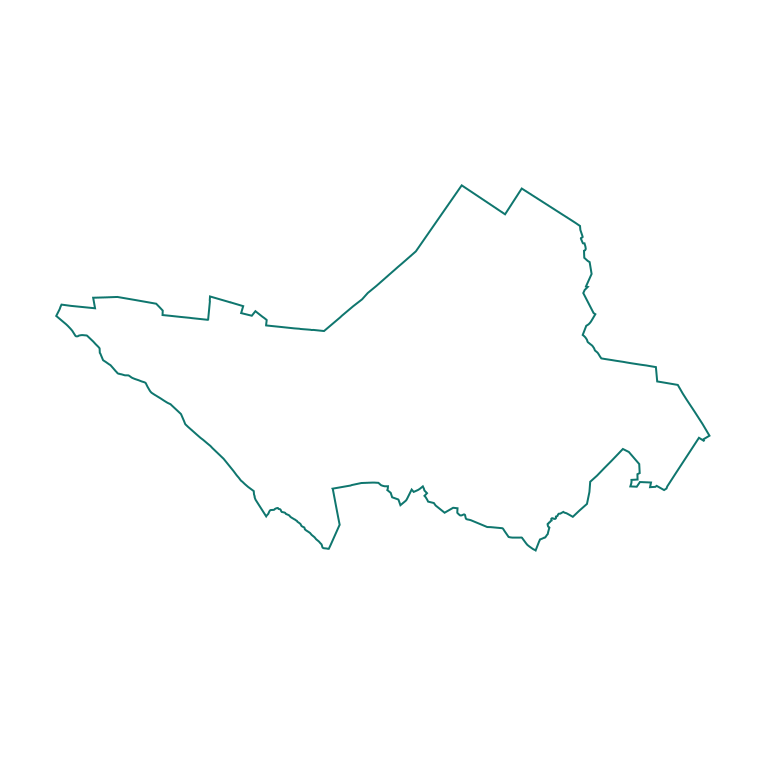 the district of Bērzkalnes pag., Balvu, Latvia, rotated 262°
{"feature_id": "27541924B58217597236828", "entity_name": "Bērzkalnes pag.", "entity_type": "district", "adm_level": 2, "iso_a3": "LVA", "parent_name": "Latvia", "parent_adm1": "Balvu", "projection": "mercator", "projection_center": [27.376, 57.121], "detail": "fine", "context": "isolated", "style": "outline", "palette": "teal", "viewbox_px": 768, "rotation_deg": 262, "n_neighbors": 0, "source": "geoboundaries", "source_scale": "gbopen_adm2", "svg_char_len": 6093}
<svg xmlns="http://www.w3.org/2000/svg" viewBox="0 0 768 768"><g transform="rotate(262 384 384)"><path d="M500.7,418.4L498.1,414.3L482.0,389.8L476.4,380.6L470.9,374.1L465.3,364.3L457.4,351.7L456.1,349.9L444.8,332.0L447.4,321.5L447.5,320.0L448.0,318.5L450.1,309.0L450.5,307.9L450.9,306.0L451.1,305.1L451.5,303.2L454.7,290.4L458.4,275.4L458.6,275.4L463.5,276.7L463.8,276.7L466.2,274.4L467.5,273.0L474.0,266.8L470.0,262.6L474.1,252.4L480.7,255.4L486.0,243.8L486.2,243.6L486.1,243.4L487.4,240.6L494.9,223.9L491.2,223.1L490.1,223.1L472.2,218.8L472.1,218.4L475.9,203.2L476.0,202.8L476.5,201.1L478.8,191.6L481.5,180.9L483.1,174.3L487.5,175.1L491.2,172.5L495.2,169.6L499.2,157.3L501.8,149.3L504.1,142.1L507.3,132.1L508.5,120.5L509.9,108.0L499.2,108.4L504.9,85.0L507.5,75.7L505.5,74.4L503.2,73.2L497.0,68.9L492.2,73.2L487.3,77.6L485.4,79.1L482.3,81.3L480.1,82.7L474.7,85.1L474.5,85.3L474.2,85.6L474.0,86.0L473.9,86.8L473.9,87.4L474.0,87.8L474.3,88.3L474.4,88.8L474.5,90.3L474.5,91.1L474.4,92.2L473.5,96.0L473.4,96.4L472.8,97.0L466.5,102.0L463.7,103.9L460.4,106.4L458.9,107.3L458.6,107.3L454.4,106.9L454.2,107.0L453.4,107.4L452.9,107.5L446.8,109.1L446.6,109.2L444.5,111.6L441.6,114.7L441.3,115.1L440.7,115.8L437.8,117.7L433.9,120.2L433.3,120.7L432.0,121.5L431.4,122.1L431.2,122.4L431.1,122.6L430.9,123.5L430.5,124.1L430.3,124.9L429.9,125.9L428.7,128.5L428.6,129.1L428.1,132.1L427.6,132.8L425.6,134.9L425.0,135.7L423.6,138.1L421.8,141.7L420.3,144.3L419.1,146.9L418.7,147.5L418.3,148.0L417.7,148.3L414.3,149.4L410.1,151.1L409.3,151.5L407.9,152.4L407.5,152.8L405.3,155.3L400.8,160.8L397.9,164.1L395.5,167.0L393.6,169.9L393.0,170.3L382.6,178.7L382.1,178.9L381.0,179.2L375.2,180.8L372.2,181.5L371.6,181.8L368.8,184.0L360.6,191.0L356.2,194.8L353.9,197.1L349.4,201.1L346.8,203.5L344.5,205.1L332.2,214.8L330.7,215.7L318.7,222.9L314.1,225.4L311.3,227.2L309.1,228.4L308.0,229.1L307.0,230.1L304.2,232.3L301.0,235.1L296.1,240.1L292.8,239.9L291.2,240.2L290.7,240.3L290.3,240.1L289.0,240.3L287.3,240.7L269.3,248.9L270.1,249.6L271.0,250.7L271.6,251.4L272.7,252.0L274.0,252.9L274.7,253.6L274.9,254.0L274.9,255.1L274.7,257.4L275.0,258.1L275.5,258.7L275.9,260.0L276.0,261.5L275.8,261.8L275.1,262.1L274.8,262.5L274.6,263.3L274.4,263.7L273.9,264.1L272.1,264.6L271.5,265.0L271.0,266.4L270.5,267.7L270.0,268.3L269.1,268.7L268.7,269.3L267.5,271.3L266.9,272.0L266.1,272.4L265.0,273.3L262.4,276.5L261.9,277.3L261.7,277.4L261.4,277.6L260.6,278.7L259.8,279.0L259.4,279.4L259.1,279.7L258.6,280.2L258.5,280.4L257.0,281.8L255.3,282.4L254.7,282.7L253.8,283.9L253.0,285.1L251.8,285.4L251.1,285.4L249.9,286.5L248.0,288.7L246.8,290.0L246.2,290.4L244.7,291.3L241.9,293.9L239.7,295.2L237.1,297.6L235.1,298.9L234.1,299.7L233.1,300.0L231.4,300.2L230.6,300.4L230.1,300.9L229.8,301.4L229.0,304.6L228.7,305.2L228.5,306.4L231.5,308.4L250.5,320.3L250.7,320.5L257.7,320.1L259.7,320.0L271.8,319.4L276.3,319.2L286.9,318.7L287.5,318.5L288.0,333.2L288.1,336.8L288.4,337.9L289.1,347.8L288.1,357.6L287.8,360.2L286.9,364.7L284.2,367.0L283.4,368.5L282.6,370.5L282.2,373.7L279.5,373.1L278.5,372.5L275.3,375.5L270.7,376.3L267.7,382.0L267.2,382.3L261.7,383.4L265.3,389.2L266.0,390.0L267.3,391.0L275.6,396.7L275.3,396.9L273.0,398.4L274.3,402.9L275.1,404.7L277.2,408.2L274.6,409.0L272.9,409.2L269.9,411.4L268.6,409.8L267.6,408.5L266.1,409.5L263.3,410.7L261.4,411.3L259.2,416.8L256.5,418.2L248.1,426.1L251.7,435.0L251.8,435.2L251.7,435.7L250.7,439.5L246.7,438.7L246.4,438.7L246.0,438.8L244.1,440.3L243.6,440.8L243.3,441.1L243.2,441.4L243.1,442.6L243.2,443.0L243.6,444.4L243.7,444.8L243.7,445.1L243.6,445.4L243.4,445.7L243.2,445.9L242.9,446.0L239.6,446.3L239.4,446.4L239.1,446.5L238.4,447.4L237.7,449.5L237.0,451.1L230.2,462.6L228.0,466.3L227.7,468.1L227.6,468.6L227.4,469.8L224.8,480.8L224.6,481.3L224.3,481.6L223.6,482.0L221.8,482.8L215.2,486.1L214.6,487.6L214.2,489.1L214.0,489.9L213.9,490.6L212.8,498.8L212.6,499.1L212.5,499.3L212.2,499.4L206.3,502.6L204.7,503.6L202.8,505.4L199.8,508.6L199.1,509.6L198.4,510.7L198.1,511.0L206.5,515.7L206.9,516.0L208.3,516.8L208.3,517.2L208.5,517.7L208.7,518.2L208.8,519.0L209.6,521.4L209.4,521.7L209.8,522.5L211.8,524.3L212.5,525.2L214.9,526.1L216.5,526.8L218.3,527.5L218.6,527.8L219.1,527.6L220.0,526.7L221.4,526.5L222.4,526.5L222.8,526.7L222.8,527.2L223.0,527.6L223.6,527.9L223.8,528.1L224.0,528.5L224.1,529.0L224.7,529.6L225.0,529.8L225.5,531.0L226.9,530.8L227.2,530.9L227.5,531.4L227.7,531.7L227.6,532.2L227.3,532.9L226.9,533.3L226.6,534.5L226.7,534.9L227.0,535.4L227.4,535.7L227.8,535.8L228.2,535.6L228.8,535.8L228.9,536.2L229.0,536.7L229.1,537.2L229.3,537.5L230.4,538.1L231.1,538.8L231.2,539.0L231.1,540.5L232.4,543.8L231.7,544.5L231.3,545.2L230.8,546.4L230.5,546.9L228.7,549.3L226.2,552.5L231.6,560.1L237.0,568.3L248.5,572.4L258.5,574.6L263.6,582.2L270.1,590.5L276.4,598.8L286.4,611.5L282.6,617.0L269.2,625.6L260.2,624.8L259.4,622.4L254.1,621.8L254.6,615.7L252.8,615.5L251.3,615.1L248.3,613.7L247.1,620.0L251.3,623.8L249.3,634.7L244.8,633.1L244.4,638.4L245.2,639.8L240.0,646.6L241.2,649.2L243.1,650.2L254.2,659.8L286.9,688.4L282.8,693.3L284.7,692.4L287.5,699.1L300.0,693.9L313.2,687.8L326.2,681.6L333.0,678.5L342.2,674.8L347.3,658.8L348.5,654.9L362.9,655.6L364.6,650.2L365.9,646.2L367.3,641.2L370.1,631.9L371.5,627.4L372.6,624.1L374.8,616.7L376.0,612.9L377.9,606.6L379.1,602.8L380.8,601.9L384.5,600.3L385.5,599.7L387.7,597.7L388.1,597.5L389.8,597.1L390.4,596.9L392.4,595.9L392.9,595.6L393.5,595.1L394.9,593.7L395.7,593.0L396.6,592.1L397.2,591.6L397.8,591.4L399.3,591.2L400.3,590.8L402.3,589.8L402.8,589.4L403.5,588.9L404.9,587.6L413.5,592.4L414.2,594.0L414.6,594.8L415.3,595.8L416.1,596.7L417.0,597.6L418.2,598.6L423.7,603.0L425.1,601.4L446.3,594.0L449.3,595.9L449.9,596.8L451.8,599.3L452.5,597.6L464.1,604.9L476.1,604.6L477.6,602.8L481.1,599.9L483.2,600.1L488.1,600.6L488.5,601.8L489.7,602.6L492.0,602.6L495.4,602.1L495.5,600.8L495.7,600.6L495.8,600.5L500.6,599.2L500.9,599.3L501.1,599.4L501.6,600.8L501.8,601.1L502.1,601.2L503.4,601.0L509.2,599.9L513.2,600.1L517.2,595.7L558.4,547.6L535.2,527.5L569.9,488.6L548.0,468.3L527.9,449.7L510.9,434.0L500.7,418.4Z" fill="none" stroke="#0f766e" stroke-width="2"/></g></svg>